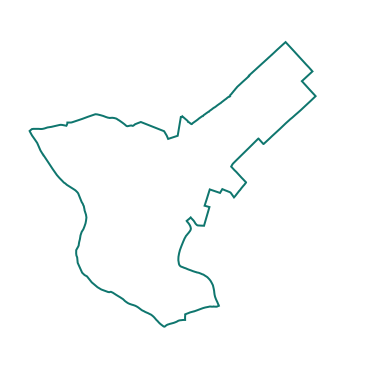 outline of Facaeni, Ialomita, Romania, rotated 167°
{"feature_id": "2599482B24358935740376", "entity_name": "Facaeni", "entity_type": "district", "adm_level": 2, "iso_a3": "ROU", "parent_name": "Romania", "parent_adm1": "Ialomita", "projection": "mercator", "projection_center": [27.92, 44.584], "detail": "fine", "context": "isolated", "style": "outline", "palette": "teal", "viewbox_px": 384, "rotation_deg": 167, "n_neighbors": 0, "source": "geoboundaries", "source_scale": "gbopen_adm2", "svg_char_len": 5891}
<svg xmlns="http://www.w3.org/2000/svg" viewBox="0 0 384 384"><g transform="rotate(167 192 192)"><path d="M336.5,288.0L336.4,287.5L335.5,284.2L335.1,282.9L333.4,278.7L331.8,274.6L330.3,266.5L328.7,261.7L328.6,261.8L325.2,252.8L322.7,246.0L319.8,238.8L317.9,235.3L316.0,232.2L314.7,230.0L313.6,228.9L312.4,227.2L306.5,221.2L305.2,219.8L303.8,217.6L303.2,216.3L301.8,207.3L301.8,207.2L301.0,204.8L300.9,203.6L300.6,202.6L300.7,199.0L300.8,198.3L300.4,193.8L300.6,190.9L301.7,187.9L302.8,185.4L304.6,182.5L306.2,180.2L308.5,177.9L310.4,174.8L311.2,172.8L311.8,171.3L313.2,168.6L313.9,166.9L314.4,165.5L315.1,164.5L317.9,161.4L318.7,158.1L318.9,156.1L318.6,154.1L319.3,148.7L317.2,138.1L315.4,135.3L313.3,133.4L310.0,126.5L305.5,120.5L302.3,117.4L296.2,113.4L295.1,113.0L294.4,113.0L293.5,113.0L291.8,111.7L288.7,108.5L285.5,105.4L283.3,103.1L282.7,102.2L282.4,101.7L281.8,100.8L281.3,100.2L279.6,98.3L278.1,97.1L276.2,95.9L274.4,94.9L272.7,93.8L270.9,92.2L269.6,90.7L267.7,88.4L267.0,87.7L265.8,86.8L264.5,85.6L263.7,85.0L261.9,83.7L260.9,82.8L259.5,81.7L258.5,80.5L257.7,79.4L257.0,78.3L255.5,75.4L254.4,73.7L253.9,72.7L253.1,71.4L252.4,70.4L250.1,67.6L249.5,67.1L249.1,67.0L248.8,67.0L247.4,67.7L246.7,68.0L245.5,68.3L244.8,68.3L243.2,68.5L242.1,68.5L239.3,68.6L237.0,68.9L235.2,69.3L234.8,69.5L234.4,69.6L233.4,69.7L232.7,69.7L231.1,69.5L230.1,69.4L228.8,69.2L227.5,68.9L227.3,69.9L226.8,72.1L226.7,72.3L226.5,72.9L226.4,73.1L226.3,73.8L226.2,74.3L224.4,74.6L222.8,74.8L221.1,75.1L219.0,75.2L218.3,75.2L217.6,75.3L217.4,75.3L217.3,75.2L217.2,75.2L216.9,75.2L213.5,75.6L210.5,76.0L208.1,76.3L207.2,76.4L204.9,76.5L202.1,76.4L200.4,76.4L199.7,76.2L198.8,75.9L197.1,75.5L196.9,75.6L196.7,75.6L196.0,75.3L195.1,75.0L194.5,74.9L193.8,74.7L193.6,74.7L191.4,75.1L191.5,75.9L191.8,77.1L191.9,77.9L192.2,79.6L192.4,80.3L192.8,82.4L193.1,84.8L193.1,86.9L192.9,89.1L192.7,90.6L192.6,92.9L192.6,94.4L192.6,96.4L193.2,98.9L193.9,101.3L194.7,103.0L194.9,103.4L195.4,104.2L195.9,105.1L196.5,105.9L197.4,106.8L198.6,108.0L199.4,108.9L200.6,109.6L201.2,110.1L203.5,111.7L205.0,112.4L205.3,112.5L205.7,112.8L206.8,113.4L207.8,114.0L208.8,114.6L210.7,115.9L211.8,116.6L212.9,117.3L214.3,118.3L214.7,118.6L215.2,119.0L216.7,119.9L217.5,120.5L217.8,120.7L218.7,121.3L219.3,121.7L219.7,122.0L219.9,122.3L220.1,122.5L220.3,122.8L220.6,123.5L220.8,124.0L220.9,125.2L220.8,126.1L220.7,127.8L220.7,128.3L220.3,130.0L220.0,131.0L219.8,131.8L218.9,133.9L218.6,134.6L218.1,135.7L217.6,136.6L216.9,138.0L215.4,140.3L215.2,140.6L215.0,140.9L214.4,141.8L211.6,145.8L210.1,147.8L209.8,148.3L209.1,149.0L208.2,150.0L207.9,150.4L207.1,151.0L206.7,151.3L206.3,151.6L205.9,151.9L205.6,152.2L204.7,152.8L203.4,153.9L202.9,154.3L202.6,154.6L202.4,154.8L202.2,155.0L202.0,155.3L201.4,156.3L201.4,156.5L201.3,156.8L201.3,157.2L201.3,158.5L201.4,159.1L201.5,159.7L201.8,160.7L202.2,161.9L202.4,162.2L202.9,163.4L203.2,163.8L203.3,164.1L203.5,164.5L203.7,165.0L203.3,165.2L202.4,165.7L200.7,166.5L199.0,167.5L198.8,167.0L197.3,164.5L197.3,164.4L197.1,164.2L196.4,162.6L195.7,160.4L194.8,158.9L194.2,158.3L193.5,158.0L187.9,156.4L178.4,173.4L182.8,175.8L179.2,181.8L174.7,189.5L174.1,190.5L164.9,184.8L161.8,188.0L159.2,186.1L157.1,184.7L156.9,184.5L155.7,183.7L154.8,183.0L154.7,182.9L154.3,182.2L152.3,177.3L151.0,178.2L145.7,182.5L144.9,183.0L142.9,184.7L140.4,186.6L139.5,187.2L138.4,188.1L137.2,189.1L137.2,189.3L138.4,191.3L139.5,193.2L140.5,194.8L143.3,199.8L144.2,201.4L144.9,202.5L145.7,203.7L147.8,207.4L148.1,207.9L147.0,209.2L146.4,209.8L146.1,210.1L145.6,210.5L142.4,212.5L139.8,214.1L127.7,221.5L121.7,225.2L116.4,228.5L115.4,229.1L115.2,229.1L111.7,222.8L111.4,222.7L108.4,224.4L104.2,226.8L101.7,228.3L92.0,233.8L85.1,237.9L83.3,238.9L81.3,240.0L80.1,240.7L77.6,241.9L73.4,244.2L71.3,245.3L67.8,247.2L62.1,250.5L55.5,254.3L53.0,255.8L51.1,256.9L50.0,257.6L50.5,258.5L54.5,265.5L60.0,275.3L47.5,282.4L50.1,287.2L52.0,290.4L57.2,299.6L62.1,308.3L67.1,317.0L70.9,314.9L77.3,311.3L82.1,308.5L104.7,295.8L109.9,292.9L109.8,292.7L110.8,292.1L110.7,291.9L117.9,287.9L124.4,284.2L124.8,283.8L125.1,283.6L125.4,283.4L126.9,282.3L127.2,282.0L127.6,281.7L128.6,281.0L130.1,279.8L130.8,279.3L131.5,278.7L133.0,277.8L133.1,277.6L133.2,277.4L133.2,277.1L133.2,276.9L134.0,276.4L134.4,276.5L134.5,276.6L135.6,276.2L136.7,275.7L137.8,275.1L139.3,274.5L141.0,273.7L143.4,272.6L143.8,272.3L144.5,272.0L145.2,271.9L145.7,271.6L147.7,270.8L149.8,269.8L150.4,269.6L151.0,269.3L151.4,269.2L151.8,269.2L154.1,268.1L157.0,266.9L157.2,266.7L157.5,266.4L158.1,266.4L158.3,266.3L158.9,266.1L159.6,265.8L161.1,265.2L162.2,264.7L163.3,264.3L163.7,264.0L164.0,263.7L164.3,263.5L164.6,263.6L164.9,263.6L168.8,262.0L170.1,261.3L172.2,260.4L175.4,259.1L176.7,258.5L176.8,258.3L177.3,258.3L178.1,259.1L178.6,259.8L179.2,260.6L179.5,260.8L179.8,260.9L180.0,261.1L180.2,261.4L180.2,261.8L180.2,262.0L180.3,262.3L184.4,267.9L184.9,267.3L186.0,267.6L193.3,250.0L203.3,249.1L203.6,250.7L203.8,251.9L204.0,252.8L205.5,257.5L226.1,271.7L229.1,271.3L232.3,270.8L232.4,270.7L233.4,270.2L233.8,270.1L234.1,269.9L234.5,269.8L234.9,269.8L235.0,269.8L235.7,270.2L236.2,270.4L236.3,270.5L236.5,270.5L237.6,270.6L239.9,270.6L240.2,270.7L240.5,270.8L240.8,271.0L241.0,271.1L242.7,273.4L244.3,275.3L245.1,276.2L246.9,278.2L247.8,279.0L248.1,279.4L248.9,280.2L249.0,280.3L249.2,280.5L249.5,280.7L249.7,280.8L251.0,281.5L252.0,281.9L252.5,282.1L253.3,282.3L254.4,282.5L255.2,282.6L255.4,282.6L256.5,283.1L257.1,283.3L258.1,283.9L259.1,284.5L261.3,286.0L261.8,286.3L262.2,286.5L264.0,287.5L265.4,288.2L266.6,288.8L267.7,289.2L268.2,289.4L268.6,289.4L268.8,289.5L276.5,288.7L282.7,287.9L293.1,286.9L294.4,286.9L297.8,287.7L297.9,287.3L298.0,286.9L298.3,286.4L299.2,285.1L299.5,284.8L303.5,286.6L305.3,287.1L314.4,287.1L318.3,287.4L321.4,287.1L323.3,287.1L324.8,287.3L327.2,288.0L332.4,289.2L333.9,289.3L336.5,288.0Z" fill="none" stroke="#0f766e" stroke-width="2"/></g></svg>